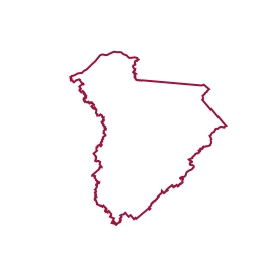 the district of Yass Valley, New South Wales, Australia, rotated 221°
{"feature_id": "25037944B7628366145494", "entity_name": "Yass Valley", "entity_type": "district", "adm_level": 2, "iso_a3": "AUS", "parent_name": "Australia", "parent_adm1": "New South Wales", "projection": "natural_earth1", "projection_center": [148.958, -34.926], "detail": "fine", "context": "isolated", "style": "outline", "palette": "rose", "viewbox_px": 256, "rotation_deg": 221, "n_neighbors": 0, "source": "geoboundaries", "source_scale": "gbopen_adm2", "svg_char_len": 5753}
<svg xmlns="http://www.w3.org/2000/svg" viewBox="0 0 256 256"><g transform="rotate(221 128 128)"><path d="M55.6,171.4L57.7,173.0L57.9,173.4L57.8,174.1L58.4,174.1L59.5,175.2L60.2,175.0L61.4,175.6L60.9,177.3L61.3,178.0L61.4,179.0L60.5,181.4L60.9,182.7L60.8,183.2L61.3,184.1L61.1,185.0L59.4,186.4L59.4,188.1L59.1,188.7L58.6,189.2L58.5,190.0L57.1,190.8L56.6,190.7L56.4,191.1L55.5,191.4L55.4,191.7L55.8,192.4L55.6,193.1L55.0,194.1L67.2,196.1L67.3,195.2L77.8,197.0L77.9,196.0L90.6,198.0L90.4,199.2L93.0,201.3L92.6,202.5L92.7,203.3L92.5,204.2L92.9,204.6L92.3,207.0L92.7,207.5L92.4,208.6L92.6,209.8L92.4,210.4L99.2,210.4L100.3,208.4L148.3,173.5L148.6,172.8L150.2,172.1L150.5,171.4L151.4,171.2L151.9,170.5L152.4,170.2L152.9,170.3L153.4,169.8L154.3,170.0L155.2,170.7L156.1,170.4L156.4,170.6L156.6,171.1L156.4,172.0L156.7,172.2L157.4,171.9L158.2,172.8L158.2,173.5L157.7,174.1L159.3,174.0L159.9,173.4L160.7,173.5L160.8,173.9L160.6,174.5L160.9,175.2L160.4,176.0L161.3,176.9L161.3,177.3L162.8,176.9L164.4,177.6L165.0,178.5L164.0,180.6L164.4,181.1L165.4,181.4L166.3,182.7L166.2,183.8L165.2,184.6L165.4,185.4L165.0,186.5L166.5,186.3L167.0,186.9L169.3,185.7L172.7,181.9L173.9,181.6L176.8,181.9L179.7,180.7L182.7,180.6L183.9,180.0L185.9,178.0L188.1,176.8L189.0,175.6L190.6,172.1L191.7,169.3L192.6,168.4L195.6,166.7L196.2,165.7L196.8,164.3L196.5,156.8L197.0,152.8L197.6,144.8L198.6,142.7L199.0,139.1L200.3,137.9L202.0,135.7L202.5,133.8L203.3,132.0L204.5,130.4L204.9,128.7L203.3,128.4L203.5,127.4L202.4,127.2L202.5,126.8L202.2,126.4L201.1,127.5L200.0,127.0L198.8,127.0L198.3,130.2L196.7,132.8L196.0,132.9L195.8,132.4L192.0,131.6L191.6,131.7L191.3,132.1L190.5,132.3L190.2,132.8L190.4,131.4L191.2,131.5L191.9,127.3L189.6,126.9L189.8,125.7L189.0,125.6L189.2,124.6L186.7,124.2L186.4,126.3L184.0,125.9L184.2,124.9L182.5,124.6L182.5,124.9L182.7,125.3L180.6,124.9L180.8,123.8L180.0,123.7L180.1,123.3L179.5,123.2L179.7,121.8L180.7,122.0L180.8,121.2L180.4,120.5L178.9,120.2L179.0,119.7L177.6,119.4L177.4,120.3L175.6,120.4L175.2,121.9L173.7,121.7L173.8,121.3L173.2,121.2L172.9,123.0L172.1,122.8L172.0,123.6L169.0,123.2L169.9,120.4L167.8,120.0L167.8,120.3L167.2,120.2L167.1,120.6L166.2,120.4L166.0,121.2L166.3,121.6L164.7,121.3L164.8,120.8L163.8,120.9L163.4,120.5L162.2,118.5L161.8,118.2L160.3,118.2L160.1,117.8L159.6,117.7L159.4,117.3L157.7,118.7L157.8,120.2L157.6,120.3L155.9,120.4L155.4,120.2L154.7,119.3L154.0,119.4L153.5,120.1L153.1,119.4L152.8,119.3L152.4,118.0L151.7,118.4L151.5,118.2L151.9,118.0L151.8,117.0L151.4,116.9L151.4,116.5L151.9,116.2L151.7,115.6L151.9,115.2L151.1,114.8L150.7,115.1L150.6,114.8L149.5,114.8L148.9,113.9L148.5,114.1L148.5,113.7L148.3,113.6L148.0,113.9L146.9,113.3L146.4,113.6L146.3,113.0L145.7,112.5L145.0,113.0L144.7,112.8L144.3,113.0L143.7,112.1L144.4,111.3L144.3,109.7L143.9,109.1L143.2,108.8L143.1,108.0L140.9,108.1L140.1,107.5L140.7,105.7L140.6,105.0L140.9,104.6L140.4,103.8L139.6,103.5L140.0,102.0L138.6,101.0L138.6,100.6L139.1,99.8L138.9,99.0L138.5,98.5L138.1,98.5L138.1,98.1L136.8,98.1L136.5,97.4L136.5,96.6L137.2,96.9L138.2,96.7L138.1,96.0L139.1,95.4L139.2,94.5L138.8,94.3L138.6,93.6L139.1,92.6L138.2,91.9L137.9,91.1L136.9,90.4L136.5,90.4L137.2,86.1L133.3,85.4L133.3,85.0L133.0,85.0L132.0,84.0L132.1,83.7L131.8,83.5L131.4,81.9L131.1,81.6L129.8,82.1L129.5,82.9L128.4,83.9L127.9,83.7L126.8,84.1L125.5,81.9L122.3,81.3L122.1,81.0L123.7,80.3L123.7,79.7L123.2,79.4L123.2,78.6L122.7,78.2L124.1,68.9L123.8,68.5L123.3,69.0L122.8,69.1L122.6,69.6L121.2,70.1L120.6,68.5L120.1,68.6L118.3,68.0L118.0,67.6L116.8,67.8L116.4,67.4L115.2,67.9L114.8,67.8L114.1,68.2L113.7,67.2L115.0,66.3L114.5,65.5L115.0,64.7L114.8,64.1L114.2,63.8L113.6,64.1L112.9,63.2L112.7,61.9L112.4,61.5L112.5,61.2L112.4,60.7L112.5,60.0L112.0,60.1L111.1,59.3L110.6,59.3L110.5,58.9L110.6,58.2L110.3,58.1L110.5,57.4L109.1,56.9L108.8,57.0L108.2,56.4L108.6,55.6L108.3,55.3L107.6,55.5L107.1,55.3L107.5,55.1L107.6,54.6L107.0,53.8L106.5,53.7L106.6,52.6L106.0,52.5L106.0,52.2L105.7,52.0L104.8,52.4L103.0,51.3L102.2,51.2L101.4,50.0L99.7,50.7L97.8,50.9L97.7,51.4L96.9,51.5L96.8,51.9L95.6,51.7L95.6,53.3L92.7,52.8L92.6,53.1L91.1,52.8L91.3,51.0L90.4,50.8L90.5,50.1L89.6,50.0L89.4,51.2L88.2,51.0L88.4,51.3L88.1,52.7L84.1,52.0L83.4,50.8L83.6,50.0L83.4,49.2L79.3,50.5L78.6,47.7L77.2,48.3L76.9,47.7L78.4,47.0L78.0,45.6L75.5,46.8L75.2,47.3L75.1,48.1L74.3,47.9L74.5,47.2L73.5,47.0L73.1,50.1L72.4,51.3L72.3,51.9L73.1,52.1L72.8,53.1L73.6,53.2L73.5,54.2L74.8,54.4L74.5,56.6L76.4,56.9L75.7,58.7L74.6,59.9L74.5,62.2L69.3,61.4L68.8,64.0L63.5,63.1L63.2,65.0L64.3,65.3L62.1,65.0L59.6,80.7L58.3,80.5L58.1,81.7L60.0,82.1L59.5,85.4L59.7,85.1L60.5,85.6L60.2,87.7L60.6,87.8L60.2,90.0L59.9,89.9L59.7,90.8L59.9,90.8L59.5,93.2L59.8,93.3L59.5,95.6L60.3,95.7L60.1,96.8L60.6,96.9L60.2,99.8L60.0,101.1L61.2,102.8L58.1,102.5L57.8,104.6L58.1,104.7L57.9,106.7L57.3,106.6L57.2,107.0L58.4,107.2L57.3,113.9L56.6,113.8L56.6,113.4L55.0,113.1L54.8,114.5L54.3,114.4L54.0,116.9L52.1,116.6L51.9,117.7L52.5,117.8L52.1,120.4L51.5,120.3L51.1,122.8L52.3,123.5L52.8,125.2L53.3,125.8L54.2,125.6L54.8,124.2L55.6,124.2L55.9,124.6L55.2,126.5L53.7,127.9L53.5,128.5L53.4,129.8L54.5,132.3L54.7,133.5L53.9,136.3L52.9,138.1L52.7,139.6L52.8,140.5L52.6,141.0L52.8,141.7L53.3,142.3L54.6,142.4L56.4,141.2L57.4,141.0L57.9,141.4L58.2,142.0L58.2,142.5L57.4,144.0L57.7,144.6L58.3,144.6L59.8,143.9L61.5,144.1L59.7,147.5L60.2,147.9L60.4,148.7L60.1,149.9L59.9,151.8L60.2,152.3L59.6,154.0L58.7,154.6L58.4,155.6L58.9,156.4L58.5,156.5L58.3,157.5L58.5,158.0L59.5,157.8L58.9,158.8L59.0,159.3L59.8,159.2L59.9,159.9L59.1,160.1L58.7,160.5L58.8,161.1L58.4,161.2L58.6,161.6L58.4,161.7L58.4,162.2L59.1,162.9L58.8,163.6L57.7,164.2L57.0,165.6L56.1,166.3L55.1,168.0L55.1,168.8L54.9,169.0L55.5,170.5L55.4,170.9L55.6,171.4Z" fill="none" stroke="#9f1239" stroke-width="2"/></g></svg>